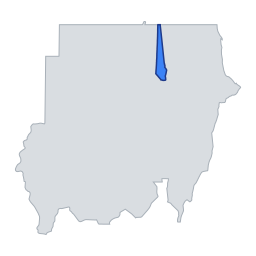 Al Buhaira, River Nile, Sudan (highlighted)
{"feature_id": "16777658B74414599531320", "entity_name": "Al Buhaira", "entity_type": "district", "adm_level": 2, "iso_a3": "SDN", "parent_name": "Sudan", "parent_adm1": "River Nile", "projection": "natural_earth1", "projection_center": [32.571, 20.233], "detail": "fine", "context": "in_parent", "style": "filled", "palette": "blue", "viewbox_px": 256, "rotation_deg": 0, "n_neighbors": 0, "source": "geoboundaries", "source_scale": "gbopen_adm2", "svg_char_len": 4569}
<svg xmlns="http://www.w3.org/2000/svg" viewBox="0 0 256 256"><path d="M180.3,222.0L177.8,222.0L177.5,221.3L177.6,219.4L177.9,218.0L178.8,215.7L178.6,214.5L178.7,212.7L178.0,210.7L172.0,204.9L170.8,203.3L167.5,201.9L168.1,200.2L166.8,188.3L167.4,187.0L167.6,184.9L167.6,183.1L168.4,180.0L168.4,178.7L162.0,178.6L161.9,180.0L162.2,181.4L162.2,182.0L153.3,182.0L156.9,186.7L157.0,188.7L156.8,191.3L156.9,192.9L157.1,194.0L158.0,196.1L158.0,196.5L157.7,197.0L151.4,203.2L150.3,206.0L149.5,207.6L147.6,210.1L141.8,216.7L140.9,217.2L136.4,217.4L136.0,217.6L135.7,217.9L131.7,213.9L125.3,209.2L121.1,211.7L120.0,212.5L119.9,214.8L119.3,216.0L118.2,217.2L115.0,218.0L113.4,218.7L111.5,219.9L109.6,222.1L109.4,223.2L109.7,224.2L98.9,224.1L98.2,223.3L96.6,219.8L95.6,220.0L85.8,219.6L84.4,220.0L81.5,221.4L80.1,221.7L78.7,221.0L73.6,214.1L72.5,213.3L71.3,211.6L70.2,210.9L69.8,210.4L69.7,209.6L69.8,208.1L69.4,207.2L68.6,207.0L61.7,208.6L60.7,208.4L59.2,208.7L58.7,209.0L58.1,209.9L58.0,211.8L57.8,212.7L57.3,213.7L55.3,216.1L54.9,217.1L54.9,219.7L54.8,221.0L54.5,221.6L53.6,222.6L53.3,223.2L53.0,226.5L51.9,228.5L51.6,229.2L51.5,230.6L51.4,231.1L48.2,232.2L47.0,232.9L46.3,234.0L46.1,234.5L44.8,234.1L43.1,233.8L39.8,233.5L38.5,233.0L37.9,232.2L38.1,230.2L37.8,229.7L37.3,229.4L36.9,228.5L37.0,227.5L38.8,225.2L39.1,223.9L39.6,218.1L39.5,216.4L38.1,213.1L35.0,207.5L34.3,206.4L30.4,201.8L30.0,201.1L29.0,199.1L30.1,194.8L30.2,193.7L29.9,192.4L28.9,191.5L28.0,191.4L26.9,190.3L26.1,189.8L25.5,188.7L25.0,187.3L25.4,182.3L25.2,181.6L24.2,181.4L24.0,181.1L24.0,180.1L23.5,177.2L22.9,174.9L23.2,173.6L22.4,171.8L20.8,171.0L17.7,171.6L16.7,171.5L16.1,171.1L15.6,170.5L15.4,169.7L15.6,168.5L16.5,166.4L17.6,164.6L19.9,163.0L20.5,162.2L20.9,161.2L20.9,160.2L20.8,159.0L20.6,158.0L19.9,156.6L19.3,154.9L19.3,153.8L19.6,153.1L20.2,152.1L22.5,150.2L24.8,148.7L25.2,148.1L25.1,147.5L24.0,146.2L23.7,143.8L23.2,142.0L24.3,140.7L25.2,140.3L26.5,139.9L27.1,139.3L27.2,138.3L27.2,137.3L27.7,136.6L28.4,135.0L28.9,134.3L30.7,132.4L31.1,131.2L31.2,130.1L30.8,126.6L31.8,125.1L33.1,123.9L34.9,124.0L37.8,123.7L39.8,123.2L41.2,123.2L44.4,123.9L44.7,123.6L44.9,122.7L45.7,56.3L58.8,56.3L59.0,56.2L59.4,24.7L141.9,24.7L142.6,24.6L143.9,21.7L144.5,21.5L145.3,21.6L145.6,22.3L144.9,24.7L217.0,24.7L217.2,28.3L217.8,31.2L219.8,35.3L221.6,37.5L222.2,38.7L222.3,39.3L222.2,39.8L221.7,39.2L220.8,38.8L220.7,40.7L221.1,44.7L221.9,47.4L221.4,50.0L221.5,54.3L222.4,59.5L222.3,62.8L223.8,70.5L225.3,74.8L226.2,75.9L227.1,76.4L228.8,76.8L231.4,79.0L233.4,81.3L234.2,82.5L235.2,83.8L235.8,83.6L236.2,83.2L236.9,84.3L240.2,86.6L240.6,87.6L239.5,88.7L238.2,90.5L237.5,92.2L237.2,92.7L236.1,93.8L235.9,94.3L235.5,94.6L235.0,94.6L233.9,95.2L232.9,95.0L231.9,95.3L231.5,95.7L230.7,96.1L229.7,96.3L228.0,97.7L226.5,98.4L226.0,98.9L225.3,101.8L224.7,102.5L222.6,102.6L221.5,102.8L220.1,102.5L219.4,102.6L219.2,103.2L218.9,105.6L219.0,106.6L217.8,109.4L218.2,114.6L217.0,118.4L216.8,119.3L215.7,122.4L215.1,123.5L213.6,129.3L213.0,131.0L211.7,132.9L213.1,146.7L212.0,150.9L212.1,153.2L211.3,156.6L210.8,158.1L209.8,160.0L209.0,162.2L208.3,165.0L207.8,170.2L207.6,170.7L203.7,171.4L202.5,171.8L201.7,172.3L200.7,173.7L198.8,177.4L197.7,179.7L196.1,182.8L194.2,185.0L193.8,186.1L193.5,188.1L192.8,191.3L192.2,193.5L192.3,195.3L191.7,198.5L191.8,200.0L191.2,200.8L190.3,201.6L189.7,201.8L187.0,199.7L185.1,201.2L183.9,203.2L183.0,205.3L183.5,209.6L183.5,210.6L183.2,211.6L181.4,215.9L180.9,217.8L180.4,221.2L180.3,222.0Z" fill="#d9dde1" stroke="#a8b0b8" stroke-width="1"/><path d="M160.2,24.7L159.2,24.7L158.1,24.7L157.9,24.7L157.8,25.0L157.8,26.0L157.8,27.0L157.7,29.3L157.7,29.5L157.7,32.1L157.6,35.1L157.6,35.5L157.6,36.1L157.4,40.9L157.4,42.4L157.3,44.8L157.1,48.6L157.1,49.7L157.0,51.1L157.0,52.0L156.9,53.3L156.9,53.5L156.8,58.0L156.7,59.1L156.6,60.4L156.6,61.2L156.6,61.8L156.6,62.0L156.5,62.4L156.5,63.7L156.2,68.7L156.1,69.4L156.1,69.8L156.1,70.2L156.0,70.5L155.9,73.3L155.8,73.7L156.0,73.9L156.3,74.3L156.8,74.9L157.1,75.2L157.3,75.4L157.4,75.5L157.5,75.7L157.9,76.1L158.3,76.6L158.6,77.0L159.5,78.0L160.6,79.3L160.8,79.6L161.0,79.7L161.1,79.9L161.1,80.0L161.3,80.0L161.7,80.0L162.7,80.3L163.1,80.4L164.8,80.3L165.5,80.1L165.7,79.8L165.7,79.2L165.6,78.0L165.5,77.2L165.3,76.3L165.3,75.9L165.7,74.7L165.9,73.7L166.0,73.5L166.4,71.3L166.6,70.5L166.6,70.4L166.6,69.9L166.3,69.5L165.8,68.5L165.3,67.9L164.9,67.5L164.7,67.1L165.0,66.2L165.0,65.8L164.5,64.7L164.6,64.4L164.7,64.2L164.4,63.7L164.2,62.8L162.3,44.7L161.9,40.8L160.2,25.0L160.2,24.7L160.2,24.7Z" fill="#3b82f6" stroke="#1e3a8a" stroke-width="1.5"/></svg>